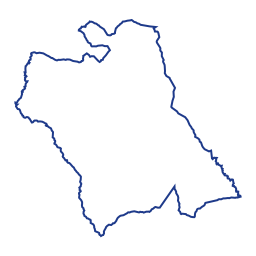 outline of Inocência, Mato Grosso do Sul, Brazil
{"feature_id": "56859067B243090422915", "entity_name": "Inocência", "entity_type": "district", "adm_level": 2, "iso_a3": "BRA", "parent_name": "Brazil", "parent_adm1": "Mato Grosso do Sul", "projection": "mercator", "projection_center": [-52.047, -19.66], "detail": "fine", "context": "isolated", "style": "outline", "palette": "blue", "viewbox_px": 256, "rotation_deg": 0, "n_neighbors": 0, "source": "geoboundaries", "source_scale": "gbopen_adm2", "svg_char_len": 5681}
<svg xmlns="http://www.w3.org/2000/svg" viewBox="0 0 256 256"><path d="M23.6,117.2L25.1,117.8L26.9,117.0L28.5,117.5L29.1,118.5L29.7,118.9L31.8,122.5L32.6,122.4L33.2,122.0L34.1,120.8L34.7,120.5L36.7,120.5L37.3,120.8L38.0,121.6L40.0,121.4L42.3,121.7L44.3,122.7L45.3,123.4L46.3,123.7L46.7,124.4L45.9,125.6L46.5,126.0L47.5,125.9L48.4,126.9L51.0,128.4L51.8,130.6L52.8,131.7L53.0,132.3L52.7,137.4L54.2,138.5L54.4,140.1L55.1,140.7L55.2,141.9L54.6,142.7L54.4,143.7L55.8,144.5L56.5,145.3L57.5,147.2L60.1,147.9L60.9,148.5L60.7,150.1L60.9,151.5L62.4,153.0L63.2,154.4L63.2,155.2L62.7,156.4L63.1,157.3L63.9,157.9L65.5,160.4L66.9,160.1L67.2,160.9L67.1,161.8L68.0,162.8L69.3,163.0L70.3,163.9L72.6,166.6L73.8,167.5L75.0,169.9L75.8,170.6L76.4,171.6L78.3,173.4L78.8,174.4L80.2,175.6L80.9,176.7L80.7,179.7L80.1,181.8L80.5,182.7L81.2,183.4L81.2,184.3L80.8,185.2L80.7,186.4L79.3,187.6L79.7,188.6L79.6,190.0L80.5,190.5L80.7,191.4L79.2,192.7L79.0,193.4L79.1,194.2L79.5,194.8L79.1,197.2L79.2,197.9L81.2,200.2L82.1,202.1L82.1,204.3L81.9,205.0L82.2,207.0L83.5,208.3L83.6,209.4L84.3,210.5L83.6,211.7L83.5,213.7L84.1,214.6L84.4,215.9L86.0,216.8L86.9,218.3L88.3,218.6L89.7,219.6L90.4,219.7L90.7,220.3L90.7,223.0L93.3,224.4L93.9,225.4L94.2,226.4L94.2,227.7L94.7,228.6L95.2,231.2L99.0,232.8L99.3,233.5L99.3,234.5L99.8,235.0L100.6,235.3L101.0,236.0L102.5,235.1L103.2,235.0L104.0,233.4L103.9,231.5L104.4,230.4L105.8,228.0L105.9,227.3L107.2,225.9L108.9,224.7L111.2,225.0L112.7,223.8L113.1,223.2L113.8,223.3L114.5,223.1L116.3,220.8L116.8,219.5L117.8,217.8L119.7,216.2L120.6,215.7L123.5,215.2L127.3,213.1L127.8,212.5L128.8,212.3L129.5,212.5L131.2,211.8L133.5,211.4L134.4,211.3L138.9,212.4L139.5,212.3L140.1,211.8L141.7,212.1L142.7,212.0L143.7,212.6L146.2,211.7L148.6,211.6L149.4,211.9L150.8,210.8L151.7,209.3L153.1,208.7L154.7,207.3L155.5,207.0L158.0,207.7L159.8,207.6L174.5,186.5L174.6,189.1L175.2,189.8L176.1,191.5L176.2,193.2L177.9,196.0L178.3,197.8L178.0,200.7L179.5,203.9L179.2,204.6L179.2,205.4L179.6,207.3L178.6,210.3L180.1,211.8L180.7,213.7L181.2,214.1L182.1,213.7L185.9,214.1L186.6,214.9L187.4,215.3L188.5,215.5L190.9,216.8L192.8,217.1L194.4,217.1L194.8,216.5L195.0,213.9L195.4,212.3L196.4,211.3L197.1,209.4L197.6,208.9L199.0,208.5L199.9,208.6L202.0,206.8L203.7,205.8L204.5,205.1L205.4,202.9L217.6,200.1L218.3,199.5L219.1,199.2L221.1,199.3L223.3,198.4L225.0,198.4L228.1,198.0L229.1,198.2L231.3,197.5L235.3,197.8L236.1,197.5L237.8,197.5L240.6,196.7L240.4,195.9L239.6,195.4L238.1,195.5L237.9,194.7L238.3,193.1L238.0,192.3L238.2,191.6L237.5,191.4L236.8,191.8L236.2,191.7L236.0,190.8L236.2,189.0L235.5,187.3L234.6,186.9L234.2,186.1L233.4,186.2L232.7,185.9L232.9,184.5L233.8,183.3L233.4,182.6L232.9,179.7L231.9,179.4L230.3,180.6L229.4,178.7L227.7,178.4L227.5,177.8L227.9,176.4L227.2,176.2L226.9,175.6L224.6,175.3L224.4,174.6L224.7,173.9L223.6,173.8L222.6,172.1L222.5,171.4L222.8,170.6L222.2,169.9L222.7,168.9L221.8,168.4L221.6,167.7L221.4,166.8L221.7,165.8L220.6,166.0L219.9,165.3L218.6,164.8L218.1,163.6L216.9,164.4L216.4,163.8L216.9,163.1L215.7,161.2L216.1,160.3L216.3,158.5L216.7,157.9L215.9,157.8L215.2,158.2L214.5,157.7L213.8,157.8L212.7,159.1L212.0,158.4L211.1,150.6L209.0,151.4L204.6,149.2L202.9,147.2L202.2,145.9L201.0,142.4L199.8,141.7L199.3,139.5L197.8,138.2L195.1,136.8L195.4,135.1L193.9,132.6L193.6,131.6L193.7,130.7L193.4,130.0L191.9,128.5L191.2,127.0L189.6,124.9L187.6,120.3L185.2,117.2L178.3,113.4L177.0,111.4L171.9,107.7L171.3,106.9L172.5,100.8L173.8,96.9L173.5,91.6L175.0,87.9L169.8,78.7L169.6,77.9L166.4,76.0L164.8,73.2L165.0,71.0L164.7,66.0L164.5,64.7L163.1,61.8L163.2,60.7L163.7,60.0L161.8,56.2L161.9,52.5L160.6,51.0L160.2,50.0L160.4,48.7L160.2,47.7L157.1,42.9L156.7,41.9L156.8,41.1L157.1,40.5L159.3,37.2L158.4,33.2L157.9,32.0L157.4,31.6L154.9,31.5L154.7,30.3L153.7,28.4L155.7,27.0L149.8,26.4L140.6,24.8L139.1,23.8L137.3,23.3L135.8,22.3L134.1,21.9L132.0,20.2L131.3,20.0L130.7,20.3L127.4,20.7L124.8,21.4L122.8,21.6L121.6,23.2L120.0,24.2L119.6,24.9L117.5,26.5L116.8,27.6L115.9,28.3L115.0,32.0L115.0,33.1L114.2,33.7L111.6,34.2L111.1,35.0L110.1,35.4L108.0,35.1L107.3,34.7L103.9,29.2L99.7,26.5L99.0,25.5L98.1,25.2L97.4,24.5L96.1,23.6L94.6,23.3L93.1,22.3L91.6,21.7L90.7,21.8L89.7,21.5L89.3,22.3L86.2,24.7L85.8,25.3L85.6,26.7L85.1,27.0L84.3,26.4L82.6,26.9L81.7,26.7L80.7,28.5L80.0,28.7L78.9,29.7L78.8,30.6L80.8,31.2L83.5,33.2L84.5,35.0L84.6,36.4L86.1,38.7L86.7,40.1L87.5,40.9L87.7,41.9L88.4,42.6L90.5,43.5L91.2,45.8L91.9,46.4L94.1,46.3L96.2,46.4L98.0,45.7L102.4,45.3L104.7,46.1L107.5,46.1L109.9,50.2L108.3,51.9L105.9,55.3L103.3,58.1L102.8,59.8L101.1,60.1L100.8,61.2L99.6,62.0L98.0,60.7L93.9,56.3L91.6,56.2L90.1,56.8L89.0,55.0L86.8,53.4L83.2,56.0L83.4,56.6L83.0,58.4L83.2,60.0L82.6,60.9L81.6,61.0L81.0,61.9L79.8,62.3L78.8,62.3L77.6,61.7L73.1,61.0L69.9,59.6L69.0,59.5L66.9,59.4L65.8,59.9L63.7,59.4L60.3,59.9L58.3,59.8L57.4,60.3L56.5,60.3L54.9,59.7L52.3,58.0L51.5,58.0L48.2,55.9L47.6,55.8L43.4,53.4L39.6,52.7L36.5,53.2L34.9,52.4L34.0,52.3L31.5,53.0L31.1,53.5L31.2,54.6L31.8,55.1L31.4,56.1L30.2,57.3L30.7,58.7L30.5,59.7L29.6,60.0L29.1,60.6L28.9,61.4L28.5,62.2L29.5,62.7L29.0,63.5L28.1,63.4L27.5,63.7L26.2,65.8L25.6,66.2L25.4,68.9L25.6,72.3L24.6,72.3L25.1,74.2L24.8,75.2L25.8,75.5L26.5,76.3L25.8,77.0L25.0,77.4L25.2,78.4L24.9,79.2L25.2,79.9L25.1,80.5L26.3,81.5L27.4,81.3L27.2,81.9L26.5,82.5L25.6,84.0L25.6,86.2L24.4,86.7L24.6,87.5L25.1,88.1L24.7,88.9L22.9,90.1L22.8,91.2L22.3,90.8L21.8,91.4L22.1,92.2L21.8,93.0L22.1,94.0L20.9,97.8L19.1,99.2L18.7,100.0L17.9,100.7L17.1,102.3L16.5,102.8L15.4,102.5L15.4,103.3L15.9,104.2L16.5,104.6L17.2,104.6L16.1,105.7L16.0,106.4L17.7,109.0L19.3,109.3L19.9,110.1L20.9,113.2L22.1,114.5L22.3,115.5L23.2,115.8L23.6,117.2Z" fill="none" stroke="#1e3a8a" stroke-width="2"/></svg>